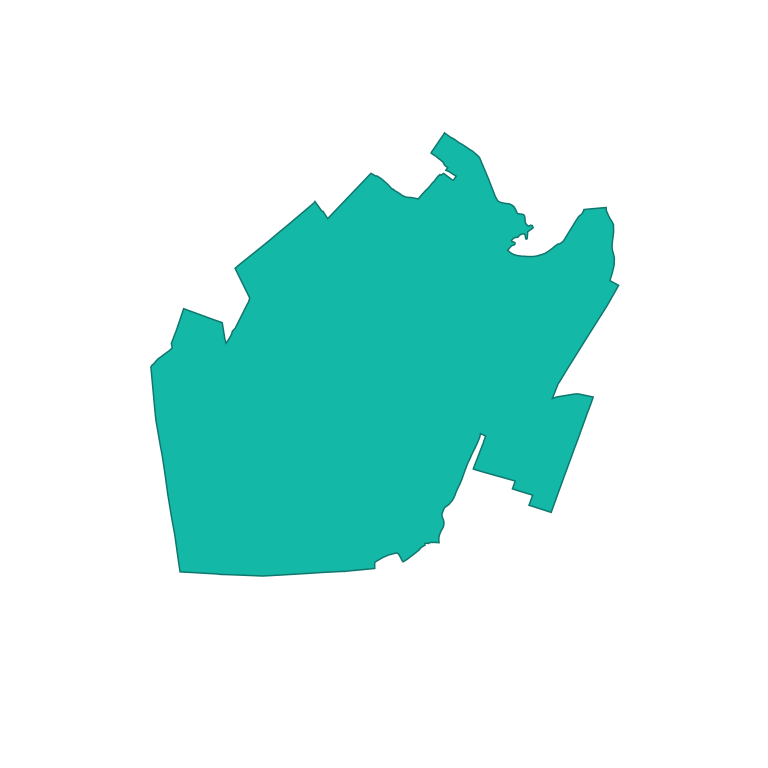 SAG, Timis, Romania (Natural Earth projection), rotated 302°
{"feature_id": "2599482B10512528259578", "entity_name": "SAG", "entity_type": "district", "adm_level": 2, "iso_a3": "ROU", "parent_name": "Romania", "parent_adm1": "Timis", "projection": "natural_earth1", "projection_center": [21.184, 45.66], "detail": "fine", "context": "isolated", "style": "filled", "palette": "teal", "viewbox_px": 768, "rotation_deg": 302, "n_neighbors": 0, "source": "geoboundaries", "source_scale": "gbopen_adm2", "svg_char_len": 5703}
<svg xmlns="http://www.w3.org/2000/svg" viewBox="0 0 768 768"><g transform="rotate(302 384 384)"><path d="M651.4,478.9L642.7,467.3L637.9,461.1L636.9,461.4L635.3,461.6L633.9,461.7L632.6,461.5L630.9,461.0L629.4,460.4L623.9,460.2L615.3,460.3L608.5,460.3L602.3,460.4L601.3,460.4L599.9,460.3L598.8,459.9L597.2,459.3L595.9,458.5L595.0,457.7L594.5,457.1L593.4,456.7L591.2,455.8L588.8,455.1L585.4,453.8L582.0,452.3L580.1,451.3L578.5,450.1L577.4,449.2L576.5,448.3L575.5,447.5L574.0,446.2L572.5,444.6L571.0,442.7L569.4,440.2L567.5,437.0L566.8,435.4L566.3,434.7L565.6,433.6L564.8,431.7L564.1,430.1L563.4,428.5L562.9,426.7L562.6,425.4L562.4,424.1L562.4,422.4L562.4,421.2L562.6,420.1L562.9,418.7L562.9,417.8L564.9,418.4L565.7,418.4L567.1,418.6L568.0,418.8L569.3,419.3L570.2,420.1L571.2,420.8L572.4,420.8L573.1,420.4L573.1,418.4L572.6,417.1L573.0,416.1L573.5,416.0L574.2,416.2L576.2,416.6L577.2,417.2L577.8,417.7L578.5,418.6L579.3,419.7L580.4,419.9L581.7,420.1L582.8,420.5L583.8,421.2L584.5,421.8L585.5,423.0L585.5,424.0L584.7,425.1L583.3,426.3L582.8,426.7L582.1,427.8L583.1,428.4L583.8,428.0L584.1,427.9L585.2,427.3L586.0,427.0L586.7,426.4L587.2,426.3L589.3,425.2L594.8,427.5L595.8,427.6L596.9,425.7L596.4,424.2L595.2,423.4L594.4,422.7L594.5,421.7L594.7,420.6L595.3,419.1L596.3,417.8L597.5,417.0L600.0,415.1L601.1,414.0L601.6,412.4L600.7,410.1L599.5,407.8L599.5,406.3L600.9,404.4L602.1,402.5L603.3,400.0L603.5,398.3L603.4,396.3L603.2,394.9L603.1,394.6L602.8,394.0L601.6,391.5L600.5,388.8L599.9,386.9L599.6,385.4L599.6,384.1L599.7,383.4L600.1,382.3L601.1,380.7L601.8,379.3L613.4,363.8L619.0,355.9L623.4,349.6L626.6,345.1L627.4,342.3L627.8,339.6L628.4,335.7L628.3,332.3L628.6,326.0L628.6,323.0L628.4,320.0L628.6,317.0L628.8,314.2L628.8,312.4L628.6,310.5L628.5,309.1L628.7,306.9L628.8,305.0L629.0,302.8L629.1,302.2L626.8,302.3L624.5,302.2L620.8,302.0L615.0,301.8L609.8,301.6L606.8,301.4L604.8,301.5L604.6,303.2L604.6,305.7L604.7,307.5L604.4,308.7L604.1,310.6L604.0,312.9L603.7,314.2L603.6,316.2L602.8,317.3L602.5,318.0L601.9,319.0L601.4,320.5L601.4,322.0L601.2,323.4L598.0,323.1L598.6,326.7L598.6,328.1L598.4,331.2L598.5,333.7L598.5,335.1L596.1,334.9L593.5,334.9L593.1,334.0L593.4,332.6L593.7,329.0L594.0,325.1L594.1,324.1L594.1,322.9L591.4,321.8L591.3,320.5L588.7,319.7L585.9,319.4L582.5,319.1L580.1,318.5L574.8,317.9L572.0,317.3L570.0,316.7L568.4,316.4L566.8,316.2L566.0,315.9L564.7,315.7L563.0,315.5L559.1,314.9L556.3,307.6L555.2,306.0L554.1,303.3L553.7,300.7L553.5,299.0L553.8,296.5L553.8,294.9L553.8,292.6L553.6,290.8L554.1,288.7L553.6,288.4L553.9,286.4L555.5,280.6L556.7,272.8L556.7,268.5L556.7,267.8L556.3,267.1L556.0,266.5L555.9,265.8L555.8,264.2L556.0,263.6L555.8,262.7L555.7,261.3L494.4,248.6L497.8,241.5L498.1,241.0L497.6,239.9L502.2,228.7L500.6,228.7L477.2,221.2L467.8,218.2L455.0,213.9L442.8,210.0L424.9,203.8L411.1,198.9L403.2,196.4L394.8,209.9L385.8,224.5L382.2,225.6L377.5,225.9L354.0,228.1L352.6,228.3L351.7,228.1L350.5,227.9L348.9,227.5L348.4,227.5L348.2,227.5L345.9,228.2L343.8,228.5L341.9,228.6L338.7,228.6L334.9,228.4L337.6,225.4L350.3,214.3L348.4,206.0L341.7,174.2L330.8,176.8L318.5,179.7L312.9,180.7L305.7,182.2L302.3,185.3L298.1,184.1L293.6,182.2L288.8,180.4L285.7,179.1L282.2,178.4L281.3,178.4L280.2,178.3L278.7,177.9L277.0,177.3L274.9,177.3L249.8,196.4L241.5,202.7L232.6,209.6L213.3,226.9L205.5,234.1L189.2,248.0L176.2,258.8L158.9,274.0L145.2,286.5L126.7,302.0L116.6,310.6L124.5,324.9L128.9,333.0L134.1,342.5L135.2,344.6L135.7,346.0L140.0,353.3L150.8,372.2L155.0,379.6L156.8,382.8L166.8,397.0L180.6,416.4L191.8,432.0L199.2,442.6L203.5,448.7L203.8,449.6L205.1,451.0L209.7,457.0L214.1,462.8L222.6,473.8L222.1,474.3L225.1,472.3L227.6,470.8L228.4,470.9L235.5,474.5L241.2,478.3L247.6,484.3L247.4,486.8L246.3,488.8L243.8,493.0L243.3,494.4L246.4,496.0L248.0,496.7L251.3,497.9L256.0,499.7L259.8,501.0L261.1,501.5L262.5,501.8L263.8,502.0L264.5,502.0L265.4,502.3L268.5,503.9L268.9,504.2L270.4,503.2L271.6,504.5L272.4,506.3L272.6,506.6L273.2,506.7L273.7,507.0L274.2,507.2L274.5,507.5L274.6,508.0L274.8,508.3L275.3,508.9L275.4,509.3L275.6,509.6L276.2,510.3L278.6,514.8L280.2,513.6L281.1,512.9L281.8,512.5L283.0,511.9L285.0,511.1L286.0,510.9L287.5,510.6L289.4,510.3L291.3,510.2L293.1,510.2L294.8,509.9L296.2,509.4L297.2,508.9L298.0,508.5L299.5,507.2L300.2,506.5L301.3,505.0L301.8,504.3L302.2,503.7L302.7,503.3L303.7,502.5L304.2,502.2L305.3,501.9L306.5,501.6L309.8,501.0L310.4,500.9L311.7,501.0L312.4,501.3L314.8,502.3L316.1,502.8L317.0,503.0L320.4,503.5L321.3,503.7L322.6,503.6L324.6,503.5L327.5,503.1L330.2,502.5L333.4,502.0L335.1,501.8L337.0,501.6L339.9,501.3L342.7,500.8L345.2,500.4L347.7,499.8L350.0,499.3L354.1,498.4L357.1,497.8L359.1,497.4L361.4,497.0L363.6,496.8L366.2,496.5L369.0,496.1L370.0,495.9L373.6,495.5L378.3,495.1L381.6,494.7L384.3,494.3L386.0,494.0L387.4,493.8L388.5,493.7L389.3,493.5L392.7,492.2L393.0,492.1L393.2,494.0L393.5,495.2L393.6,496.4L393.6,497.1L393.8,497.8L390.4,498.5L388.3,498.9L386.4,499.5L384.5,499.8L383.3,500.0L382.7,500.2L380.4,500.6L369.0,502.8L359.2,504.7L359.7,506.9L361.8,514.4L365.8,528.1L370.1,542.7L371.2,546.7L363.1,548.5L365.0,555.9L368.5,569.0L358.0,571.2L359.4,576.6L363.7,593.8L377.7,590.8L380.5,590.2L389.8,588.2L402.5,585.5L410.7,583.8L430.5,579.6L439.5,577.8L449.2,575.7L455.3,574.4L466.7,571.9L476.2,570.1L482.7,568.6L483.8,568.3L479.2,555.7L478.3,553.5L476.3,550.7L471.3,545.0L464.5,537.3L460.9,534.5L476.2,531.6L478.9,531.7L495.8,531.5L524.7,531.5L528.5,531.5L548.8,531.6L568.3,531.7L581.3,531.2L592.0,530.7L591.4,520.8L599.3,518.7L606.7,516.2L612.6,512.8L615.3,510.3L618.2,507.1L621.6,504.4L625.5,502.4L634.6,498.2L640.8,494.1L642.5,491.3L643.8,488.6L645.3,485.8L649.1,480.4L651.4,478.9Z" fill="#14b8a6" stroke="#0f766e" stroke-width="1.5"/></g></svg>